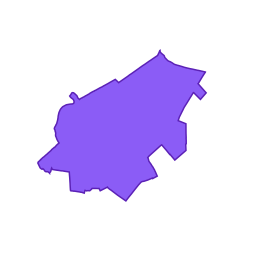 the district of Comana, Giurgiu, Romania, rotated 237°
{"feature_id": "2599482B75147928047629", "entity_name": "Comana", "entity_type": "district", "adm_level": 2, "iso_a3": "ROU", "parent_name": "Romania", "parent_adm1": "Giurgiu", "projection": "natural_earth1", "projection_center": [26.155, 44.161], "detail": "fine", "context": "isolated", "style": "filled", "palette": "violet", "viewbox_px": 256, "rotation_deg": 237, "n_neighbors": 0, "source": "geoboundaries", "source_scale": "gbopen_adm2", "svg_char_len": 5341}
<svg xmlns="http://www.w3.org/2000/svg" viewBox="0 0 256 256"><g transform="rotate(237 128 128)"><path d="M132.8,223.4L134.9,221.4L135.9,220.4L137.8,218.6L138.4,217.9L142.4,214.0L143.8,212.5L146.7,209.7L148.8,207.8L149.4,207.4L153.0,204.3L153.6,203.7L154.2,203.2L156.0,201.7L156.4,201.5L157.0,201.2L158.7,200.5L159.1,200.3L160.6,199.5L162.1,198.4L162.3,198.3L162.6,198.2L163.6,197.9L166.4,197.4L166.9,197.3L167.1,197.3L167.3,197.3L167.6,197.4L168.7,197.7L168.9,197.7L169.1,197.7L169.3,197.7L169.5,197.6L172.1,196.8L173.3,196.5L173.5,196.5L173.8,196.5L174.3,196.5L174.6,196.5L175.6,197.1L175.6,196.9L175.5,196.7L174.8,195.7L174.2,194.8L173.0,192.8L172.7,192.4L172.6,187.4L172.5,183.9L172.5,181.7L172.3,177.3L172.3,173.8L172.2,172.0L172.2,171.3L172.1,170.1L172.0,167.7L171.9,165.4L171.7,160.6L171.7,158.3L171.5,155.9L171.2,145.8L171.1,144.9L173.7,144.3L175.7,143.8L175.9,140.4L176.1,137.5L176.2,134.9L176.3,134.1L176.4,132.5L176.5,131.2L176.6,130.7L176.6,129.4L176.7,127.9L176.8,127.6L177.0,126.0L177.1,124.2L177.3,121.2L177.4,120.8L177.5,120.3L177.5,120.0L177.5,119.7L177.4,119.6L177.5,119.4L177.5,119.2L177.7,118.3L177.7,118.0L177.7,117.5L177.7,117.3L177.8,117.1L177.8,116.6L177.8,116.0L177.9,115.4L177.8,114.6L177.8,114.2L177.8,113.9L177.8,113.4L177.8,112.8L177.9,112.7L177.9,112.3L177.9,111.9L178.0,110.6L178.1,109.7L178.1,109.4L178.1,109.0L178.1,108.8L178.1,108.7L178.1,108.1L178.2,107.5L178.2,107.3L178.3,107.0L178.3,106.9L178.3,106.7L178.3,106.4L178.3,105.9L178.3,105.6L178.4,105.4L178.5,105.2L178.5,104.0L178.5,103.8L178.5,103.3L178.5,103.1L178.4,102.9L179.3,102.6L179.9,102.4L180.4,102.4L180.8,102.4L181.2,102.4L182.0,102.6L182.7,102.7L183.0,102.7L183.6,102.6L184.5,102.3L186.0,102.0L186.7,101.7L187.2,101.5L187.7,101.0L187.8,100.8L188.0,100.4L188.0,100.0L187.9,99.7L187.0,97.9L186.9,97.5L186.6,96.5L185.7,96.5L184.4,96.7L181.9,97.6L181.5,97.6L180.6,97.5L179.4,97.1L179.0,96.8L178.4,96.1L178.3,94.8L179.6,92.4L181.0,89.1L181.1,88.6L181.4,85.0L181.3,84.3L180.7,82.1L180.3,81.2L178.7,78.7L178.0,77.9L176.0,75.9L174.6,74.8L172.8,73.1L172.1,72.3L171.9,72.1L171.7,71.9L171.4,71.6L171.2,71.3L171.0,71.1L170.7,70.8L170.5,70.5L170.4,70.4L170.2,69.9L169.9,69.5L169.9,69.4L169.8,69.2L169.7,68.9L169.4,68.6L169.2,68.3L169.1,68.1L169.0,67.9L168.9,67.7L168.8,67.4L168.7,67.2L168.3,66.6L168.1,66.4L168.0,66.2L167.9,66.2L167.7,66.0L167.6,65.9L167.4,65.8L167.3,65.7L167.2,65.7L166.8,65.7L166.6,65.7L166.4,65.7L166.1,65.6L165.9,65.6L165.7,65.5L165.5,65.4L165.4,65.3L165.3,65.2L165.1,65.2L164.9,65.2L164.7,65.2L164.4,65.0L164.2,65.0L164.1,64.9L163.7,64.8L163.5,64.7L163.3,64.7L163.1,64.6L162.1,63.8L161.2,63.2L160.6,62.9L159.7,62.8L157.5,62.3L157.2,62.2L156.8,62.2L156.3,62.1L155.6,62.1L155.1,62.0L153.8,62.0L153.0,62.0L152.8,60.6L152.7,60.0L152.6,59.5L152.5,58.6L152.3,58.1L151.9,56.7L151.8,56.3L151.7,56.0L151.9,55.6L151.8,55.4L151.8,55.2L151.6,53.5L151.5,52.8L151.5,52.4L151.5,52.2L151.2,51.7L151.1,51.3L151.1,51.2L151.0,50.9L150.9,50.0L150.8,49.6L150.7,48.9L150.6,47.9L150.5,47.3L150.4,47.1L150.3,46.3L150.2,46.0L150.1,44.7L150.0,44.0L149.8,42.8L149.7,42.0L149.6,41.8L149.6,41.3L149.6,40.4L149.3,39.0L149.1,37.5L148.9,37.5L148.4,34.2L147.9,33.8L147.7,33.5L147.7,33.3L144.0,32.8L142.4,32.6L140.7,33.1L140.3,33.5L140.1,33.8L140.1,34.1L140.2,34.4L139.9,34.5L139.7,34.6L139.1,34.8L138.7,34.8L138.3,34.8L137.5,34.8L137.2,34.8L136.9,34.9L136.6,35.0L136.3,35.2L136.1,35.3L135.9,35.5L135.8,35.8L135.5,36.2L135.4,36.4L135.2,36.6L135.0,36.8L134.8,37.0L134.4,37.2L134.1,37.3L133.5,37.5L133.4,37.5L132.8,37.6L133.1,37.8L133.5,39.3L135.0,41.1L135.3,41.3L135.7,41.8L136.0,42.2L135.9,42.2L135.5,42.1L134.9,41.9L134.5,42.0L134.3,42.1L132.3,44.3L131.5,45.2L130.8,46.0L130.4,46.5L128.5,48.6L128.3,48.9L128.2,49.0L128.1,49.3L126.3,51.2L123.1,54.8L120.6,53.4L117.8,51.9L113.0,49.2L110.1,47.5L107.8,46.2L107.4,46.0L106.7,45.7L106.5,45.8L106.0,46.4L105.5,47.1L105.1,47.5L104.4,48.3L104.4,48.5L102.2,50.9L100.8,52.5L99.7,53.6L99.5,53.9L99.3,54.1L99.1,54.4L98.8,54.5L98.2,55.0L97.2,55.8L98.4,57.1L99.1,58.0L98.4,58.6L97.9,58.9L97.3,60.3L96.4,61.4L96.2,61.8L96.4,63.3L96.5,63.7L96.6,64.2L96.6,64.4L96.9,64.8L96.8,65.1L95.7,66.8L94.1,69.2L93.4,70.1L93.3,70.5L93.1,70.8L90.5,70.5L89.6,78.6L88.5,78.6L88.0,78.8L86.5,79.3L84.9,80.0L77.6,82.6L68.0,86.5L68.3,87.3L69.6,91.0L70.3,93.2L70.9,95.1L72.6,100.0L74.3,105.1L74.6,106.0L75.0,107.6L75.4,109.1L75.5,109.7L75.4,110.6L74.6,112.5L73.6,116.2L72.7,121.2L72.1,121.2L72.1,122.2L72.0,123.0L71.9,123.6L71.9,124.0L71.9,124.5L71.9,124.9L71.7,125.4L71.7,126.3L76.4,127.1L77.6,127.2L78.3,127.4L78.5,127.4L80.7,127.5L81.3,127.6L83.4,127.5L83.8,127.5L84.2,127.5L84.6,127.6L88.7,127.4L89.5,127.7L91.4,128.3L91.8,128.4L92.2,128.5L92.4,128.5L92.5,128.5L92.6,129.1L92.9,129.8L92.9,130.1L93.0,130.3L93.6,133.9L94.0,136.5L95.5,146.0L95.5,146.5L95.5,146.9L95.5,147.1L89.3,147.9L88.7,148.0L83.0,148.6L83.0,148.9L75.6,149.8L77.6,164.4L83.0,167.6L83.0,168.2L84.9,169.4L85.8,170.0L87.9,171.2L87.9,171.3L92.2,173.9L100.0,178.9L101.3,178.0L103.7,176.3L105.0,175.4L106.8,174.1L107.9,175.4L108.6,176.3L109.1,176.8L109.3,177.2L110.9,179.9L111.9,181.6L112.4,182.4L112.7,183.0L113.0,183.5L113.3,184.0L114.6,186.1L116.9,191.1L119.2,195.9L122.1,202.1L122.0,202.3L112.5,204.3L114.9,212.7L126.9,210.9L126.9,211.0L127.0,211.0L127.2,211.5L130.5,218.3L131.9,221.4L132.1,221.9L132.7,223.3L132.8,223.4Z" fill="#8b5cf6" stroke="#5b21b6" stroke-width="1.5"/></g></svg>